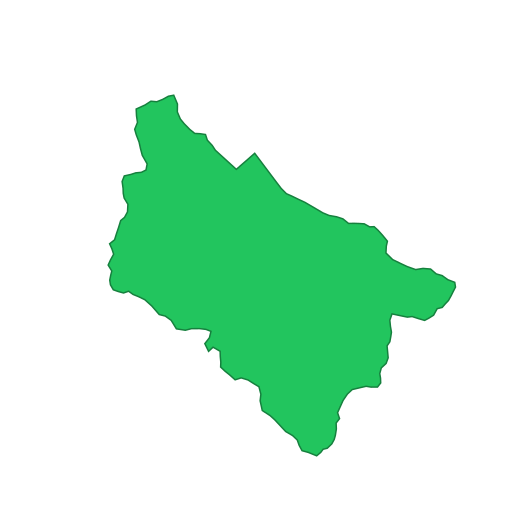 Rio do Sul, Santa Catarina, Brazil, rotated 317°
{"feature_id": "56859067B1787639962812", "entity_name": "Rio do Sul", "entity_type": "district", "adm_level": 2, "iso_a3": "BRA", "parent_name": "Brazil", "parent_adm1": "Santa Catarina", "projection": "equal_earth", "projection_center": [-49.63, -27.185], "detail": "fine", "context": "isolated", "style": "filled", "palette": "green", "viewbox_px": 512, "rotation_deg": 317, "n_neighbors": 0, "source": "geoboundaries", "source_scale": "gbopen_adm2", "svg_char_len": 2255}
<svg xmlns="http://www.w3.org/2000/svg" viewBox="0 0 512 512"><g transform="rotate(317 256 256)"><path d="M177.0,445.2L183.3,445.1L188.1,443.5L191.7,441.3L196.8,437.3L200.7,432.8L206.2,431.9L208.8,426.2L221.2,421.0L228.7,419.3L235.3,419.3L242.7,423.5L247.7,426.4L250.7,430.3L255.5,434.7L260.6,433.9L263.8,430.2L266.3,426.4L271.3,423.3L277.9,423.3L283.2,420.6L287.1,415.6L290.6,411.1L295.4,410.0L299.3,407.1L303.1,404.1L306.3,399.2L310.1,394.2L316.0,391.1L321.3,398.7L325.0,403.9L328.9,406.8L332.3,412.9L335.4,418.1L339.8,419.3L345.5,420.4L352.6,418.1L357.1,420.6L361.7,420.1L366.4,419.8L371.7,418.1L375.4,416.7L380.7,414.8L383.4,410.8L380.1,404.1L378.8,397.3L375.6,392.0L374.8,384.6L369.7,379.0L363.5,374.8L359.4,366.9L356.7,360.2L353.5,351.9L353.1,342.4L358.1,337.6L362.2,334.8L362.7,327.1L362.8,320.4L362.4,315.1L359.0,312.2L357.1,306.3L354.0,303.0L350.2,299.2L345.9,295.3L344.9,288.1L341.7,282.3L337.1,276.2L334.3,270.0L328.4,250.2L325.7,243.5L323.0,236.5L320.7,231.1L320.5,223.7L321.4,214.7L325.1,180.0L300.7,179.2L298.4,151.0L299.4,145.2L299.4,138.1L301.9,132.7L298.4,128.3L294.8,124.6L293.9,118.3L293.7,110.2L294.1,104.2L296.7,97.0L302.2,91.3L305.5,82.3L300.9,79.4L294.5,77.8L288.6,75.5L284.7,71.1L277.9,69.9L272.8,68.2L268.6,66.8L264.2,72.0L260.4,77.5L253.7,80.6L251.1,85.7L248.2,92.9L244.7,98.8L241.5,104.8L239.2,114.4L234.2,118.1L229.2,116.6L224.8,113.2L220.1,111.0L214.3,107.6L208.9,110.2L204.9,115.9L201.6,119.7L199.1,123.7L197.6,130.8L192.1,136.1L186.2,138.1L181.2,137.8L174.8,141.5L169.2,144.5L163.6,147.7L157.3,147.2L155.4,152.7L153.1,157.6L147.0,159.6L141.7,161.8L140.3,168.6L136.6,171.0L132.6,173.9L129.9,177.8L128.6,183.4L131.0,188.0L133.9,192.7L138.8,194.9L139.9,200.3L142.4,205.7L144.9,212.2L145.7,221.5L145.3,232.8L148.7,238.1L150.1,245.2L148.1,255.0L153.7,262.1L159.2,265.1L165.2,270.6L169.4,275.6L171.7,280.4L166.2,284.0L158.8,285.2L156.3,293.4L162.4,293.4L164.8,301.2L161.3,305.2L157.8,309.7L154.4,313.1L154.8,319.3L155.6,324.6L156.3,332.3L162.0,335.0L165.6,341.2L167.2,347.4L169.0,353.6L165.3,360.4L160.3,364.7L155.2,373.3L157.5,382.5L158.0,388.6L158.0,404.6L160.3,412.3L160.7,418.7L158.4,424.0L156.9,429.8L160.3,435.3L164.1,443.5L169.4,443.8L173.3,443.1L177.0,445.2Z" fill="#22c55e" stroke="#15803d" stroke-width="1.5"/></g></svg>